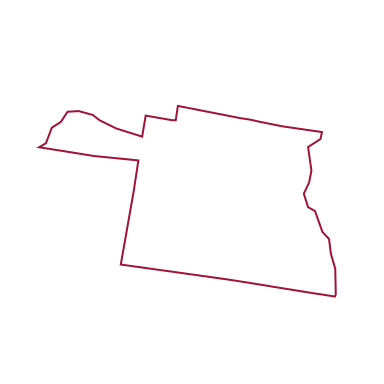 Houston, Alabama, United States of America, rotated 9°
{"feature_id": "52423323B72584832166287", "entity_name": "Houston", "entity_type": "district", "adm_level": 2, "iso_a3": "USA", "parent_name": "United States of America", "parent_adm1": "Alabama", "projection": "mercator", "projection_center": [-85.275, 31.156], "detail": "fine", "context": "isolated", "style": "outline", "palette": "rose", "viewbox_px": 384, "rotation_deg": 9, "n_neighbors": 0, "source": "geoboundaries", "source_scale": "gbopen_adm2", "svg_char_len": 767}
<svg xmlns="http://www.w3.org/2000/svg" viewBox="0 0 384 384"><g transform="rotate(9 192 192)"><path d="M133.0,274.8L242.0,272.8L281.7,272.8L282.7,272.8L282.8,272.8L285.6,272.9L324.9,273.0L326.1,273.0L327.4,273.0L336.7,272.9L337.1,272.9L338.3,272.9L339.8,272.9L349.5,272.9L350.0,270.6L345.5,245.4L340.1,234.0L338.8,231.1L334.7,217.0L327.1,211.1L316.5,191.6L309.0,188.8L302.7,176.2L306.2,164.1L306.6,152.2L299.6,129.4L310.6,119.6L311.0,112.5L270.8,113.0L248.4,112.1L237.9,111.4L228.5,111.5L164.6,109.2L164.7,123.7L160.7,124.2L142.0,123.9L134.3,123.8L134.1,145.1L107.2,141.1L89.7,135.7L81.9,131.4L67.5,129.8L56.5,132.2L51.5,143.3L43.5,150.4L40.1,166.7L34.0,171.7L89.6,171.8L134.1,169.2L134.3,199.7L133.0,274.8Z" fill="none" stroke="#9f1239" stroke-width="2"/></g></svg>